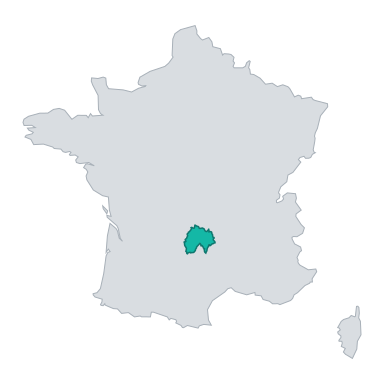 France, with Cantal highlighted
{"feature_id": "FRA-5276", "entity_name": "Cantal", "entity_type": "Metropolitan department", "adm_level": 1, "iso_a3": "FRA", "parent_name": "France", "parent_adm1": "", "projection": "mercator", "projection_center": [2.647, 45.051], "detail": "fine", "context": "in_parent", "style": "filled", "palette": "teal", "viewbox_px": 384, "rotation_deg": 0, "n_neighbors": 0, "source": "natural_earth", "source_scale": "10m", "svg_char_len": 6190}
<svg xmlns="http://www.w3.org/2000/svg" viewBox="0 0 384 384"><path d="M315.3,152.7L312.4,154.3L310.7,157.5L308.8,158.2L305.5,158.3L304.0,156.3L300.0,157.5L298.4,159.6L300.8,162.1L292.9,172.4L287.9,175.1L286.8,181.7L280.9,186.7L278.7,191.9L278.6,193.0L280.0,194.7L279.4,198.1L276.4,200.3L276.5,202.4L277.3,202.8L281.8,201.0L283.6,199.0L282.7,196.3L287.3,192.9L295.5,193.7L296.4,198.2L295.4,202.0L301.2,210.1L296.1,213.9L295.8,216.4L301.1,224.5L304.4,227.8L302.6,233.3L297.0,236.7L293.5,236.5L292.0,237.3L292.1,239.0L294.6,243.9L300.6,247.0L301.5,250.7L299.8,252.0L297.0,257.5L298.2,260.3L297.8,261.5L298.4,263.3L300.0,265.2L308.3,269.8L315.8,269.0L316.7,271.7L312.1,278.8L312.4,282.0L310.1,282.1L309.7,283.2L305.0,285.5L297.5,292.7L294.1,294.8L292.6,298.5L290.6,300.5L279.9,304.6L277.9,303.7L272.6,303.8L269.4,301.2L263.1,299.5L261.1,295.8L255.2,295.1L254.9,292.5L246.7,294.8L235.2,291.4L231.2,287.7L227.8,288.7L224.8,292.0L212.4,300.7L207.5,309.7L208.5,320.1L211.3,325.2L203.7,324.4L199.3,325.9L198.1,328.1L187.4,325.5L183.5,327.7L182.4,327.5L181.0,325.4L175.8,322.9L176.6,321.2L175.8,319.7L170.9,318.4L169.2,319.9L167.3,316.9L153.5,312.2L151.3,312.2L150.4,316.9L141.5,316.8L140.2,316.0L134.5,316.9L128.4,312.6L121.6,313.4L117.5,308.9L113.4,308.6L107.7,306.2L105.1,305.0L104.8,303.7L103.1,305.7L101.0,305.3L100.5,304.6L101.9,302.1L102.2,299.2L95.0,297.0L93.2,294.9L93.1,293.7L97.0,292.7L100.4,288.6L103.7,273.7L106.1,255.9L107.8,252.5L110.1,251.6L108.3,249.1L106.1,252.4L107.4,235.9L110.0,223.4L116.0,228.5L117.4,230.8L119.2,238.2L122.5,241.3L120.3,238.3L118.2,228.4L116.8,225.6L107.2,217.3L106.9,215.4L111.1,216.4L109.4,210.1L108.4,197.0L102.6,195.7L93.3,190.0L86.9,179.9L86.1,176.0L87.8,172.0L86.3,169.4L83.6,167.6L85.7,164.2L87.6,163.8L94.3,165.8L88.8,162.5L79.9,163.6L76.4,162.5L75.7,160.0L78.2,156.9L75.2,155.0L70.1,155.4L69.4,154.6L71.0,152.3L69.7,151.5L65.5,152.4L63.1,151.7L60.9,149.1L54.2,148.5L52.7,147.0L43.4,144.1L33.7,144.6L30.9,139.4L25.0,137.0L26.2,135.3L32.1,133.8L33.3,132.3L28.9,130.2L27.4,128.1L35.3,127.6L31.8,125.3L24.1,125.5L23.0,122.4L24.0,119.2L28.5,116.3L39.7,113.2L47.8,113.1L53.5,109.4L59.2,108.4L64.6,110.2L71.9,119.3L77.7,115.3L86.4,115.4L88.2,117.7L90.5,113.6L92.4,116.0L103.0,115.2L100.5,113.6L98.5,109.7L98.1,95.4L92.7,85.0L91.3,81.2L91.6,77.9L98.0,78.5L103.2,77.1L105.8,78.1L106.4,84.8L108.6,88.7L123.2,89.9L131.6,92.0L138.7,88.2L145.3,86.5L145.8,85.6L142.0,86.0L138.5,84.3L138.1,82.5L139.9,77.2L150.0,71.4L164.9,66.4L168.7,63.1L173.1,57.1L172.1,55.5L172.8,39.0L175.0,33.6L180.6,29.6L195.1,25.6L196.9,30.9L196.8,33.9L200.6,38.6L202.5,40.0L208.8,37.5L211.9,41.8L212.8,46.7L220.4,48.7L222.6,55.1L224.0,53.7L228.7,54.0L231.0,54.5L234.0,57.3L233.1,61.1L234.5,62.9L233.1,66.4L234.1,67.8L242.8,67.8L245.4,66.3L246.6,62.8L249.2,60.7L250.2,61.4L248.6,67.8L249.8,69.5L250.4,74.1L253.7,74.5L260.1,78.2L265.5,84.2L272.2,83.2L277.4,86.6L282.8,84.8L287.9,86.7L289.7,88.5L294.5,96.9L298.2,95.2L300.8,96.2L301.6,98.7L311.4,97.2L313.1,99.6L315.2,100.5L327.5,103.7L327.7,106.8L320.5,115.8L317.4,128.4L315.3,132.8L314.5,136.1L315.1,138.3L314.7,141.7L313.2,149.8L314.1,152.2L315.3,152.7ZM359.3,313.2L358.7,317.9L360.4,321.3L361.0,334.8L357.4,341.3L356.8,349.1L352.4,358.4L345.5,354.3L343.4,352.0L345.3,348.4L341.3,346.5L342.3,343.1L341.8,341.3L339.0,341.2L338.9,340.3L340.9,337.6L340.9,335.9L338.2,333.8L337.7,332.0L340.3,329.9L339.1,328.0L337.7,327.6L341.2,321.4L343.6,319.5L349.0,317.8L351.2,315.5L354.8,316.8L355.4,316.2L356.5,306.4L357.8,306.2L358.9,307.5L359.3,313.2ZM107.7,210.9L106.8,213.8L103.2,208.7L102.7,205.9L107.7,210.9Z" fill="#d9dde1" stroke="#a8b0b8" stroke-width="1"/><path d="M208.7,229.4L208.9,230.0L209.0,230.6L209.0,231.8L210.2,231.6L210.9,231.7L211.5,232.0L211.7,232.3L211.8,233.5L212.0,233.9L212.5,234.5L212.6,235.0L212.7,236.2L212.8,236.7L213.1,237.3L213.3,237.4L213.8,237.4L214.0,237.5L214.1,238.0L213.9,238.4L213.5,238.6L213.3,239.0L213.2,239.5L213.3,240.0L214.7,241.5L215.0,242.1L215.0,242.8L214.7,242.8L214.4,242.9L213.3,243.6L213.0,243.7L212.8,243.8L212.6,243.8L212.4,243.7L212.1,243.9L210.7,245.3L210.3,245.6L209.9,245.6L209.8,245.4L209.4,244.8L209.2,244.8L208.8,245.0L208.7,245.2L208.6,246.0L208.4,246.7L208.2,246.9L207.8,247.2L207.6,247.6L207.4,248.2L207.0,249.6L206.9,250.8L206.8,251.0L206.4,251.6L206.2,252.0L205.8,253.1L205.0,252.4L204.9,252.2L204.7,252.0L204.6,251.6L204.4,251.1L204.4,250.9L204.4,250.2L204.3,249.8L204.2,249.6L204.1,249.4L204.2,249.2L204.3,249.1L204.6,249.0L204.6,248.8L204.6,248.7L204.4,248.6L203.8,248.3L203.6,248.2L203.4,248.0L203.3,247.8L203.2,247.2L203.0,246.9L202.6,246.3L202.3,245.8L202.2,245.7L201.9,245.7L201.2,245.9L200.9,245.7L201.0,245.3L201.0,245.1L200.9,244.8L200.9,244.6L200.7,244.4L200.4,244.0L200.3,243.8L200.2,243.6L199.9,243.4L196.7,246.8L196.6,247.0L196.5,247.7L196.5,247.9L196.3,248.1L195.8,248.9L195.5,249.4L195.5,249.6L195.4,250.3L195.3,250.5L195.2,250.7L195.1,250.9L194.3,251.7L194.1,252.1L193.8,252.3L193.4,252.5L192.7,252.6L191.8,252.6L191.5,252.6L191.4,252.6L191.2,252.6L191.0,252.8L190.9,252.9L190.7,252.9L190.5,252.7L190.4,252.5L190.3,252.4L190.1,252.3L189.8,252.3L188.3,252.8L188.1,252.8L187.8,253.0L187.5,253.8L187.3,253.8L187.0,253.6L186.8,253.3L186.7,252.9L186.6,252.0L186.5,251.8L186.3,251.6L185.9,251.4L185.9,251.1L186.1,250.6L186.4,248.8L186.4,248.5L186.3,248.1L185.9,247.3L184.9,245.8L184.7,245.3L184.6,244.7L184.4,242.7L184.1,242.1L184.6,241.8L185.5,241.8L185.6,241.7L185.8,241.5L185.9,241.4L185.9,241.2L185.8,240.9L185.3,240.1L185.2,239.8L185.2,239.6L185.4,239.3L186.3,238.6L186.5,238.4L186.7,238.1L186.8,237.7L186.9,237.4L187.1,237.0L187.6,235.9L187.6,235.6L187.6,235.3L187.4,235.0L187.3,234.8L187.2,234.5L187.2,234.3L187.2,234.0L187.3,233.8L188.2,233.1L188.3,232.9L188.4,232.2L188.5,232.1L189.1,231.9L189.5,231.6L190.5,230.2L190.8,230.0L190.9,229.9L191.1,229.5L191.4,228.9L191.4,228.7L191.4,228.4L191.3,228.2L191.2,228.0L191.1,227.9L191.0,227.7L191.5,227.4L191.8,227.4L192.0,227.5L192.6,227.9L193.1,228.1L193.8,228.2L194.1,228.2L194.5,227.3L194.9,225.2L195.4,225.2L196.6,226.1L197.9,226.4L198.5,226.7L199.3,228.3L200.4,228.4L202.4,228.0L204.0,228.8L204.3,229.3L204.8,230.4L205.1,230.9L206.2,231.6L207.1,231.2L208.7,229.4Z" fill="#14b8a6" stroke="#0f766e" stroke-width="1.5"/></svg>